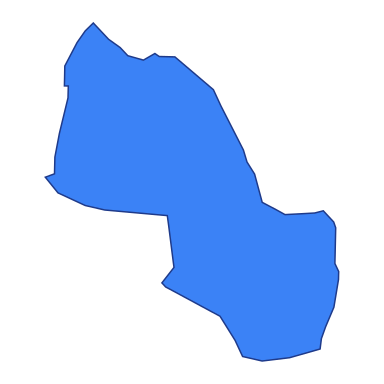 outline of Faqus, Ash Sharqiyah, Egypt
{"feature_id": "37247803B81892076694929", "entity_name": "Faqus", "entity_type": "district", "adm_level": 2, "iso_a3": "EGY", "parent_name": "Egypt", "parent_adm1": "Ash Sharqiyah", "projection": "albers", "projection_center": [31.802, 30.723], "detail": "fine", "context": "isolated", "style": "filled", "palette": "blue", "viewbox_px": 384, "rotation_deg": 0, "n_neighbors": 0, "source": "geoboundaries", "source_scale": "gbopen_adm2", "svg_char_len": 829}
<svg xmlns="http://www.w3.org/2000/svg" viewBox="0 0 384 384"><path d="M127.8,55.7L120.2,47.6L108.6,39.3L93.3,23.0L85.3,30.8L77.1,42.5L64.8,66.0L64.6,76.9L64.4,85.9L68.3,86.0L68.2,89.9L68.0,97.9L61.5,124.7L59.4,133.4L54.9,157.1L54.6,169.0L54.5,173.8L45.3,177.2L58.0,192.9L85.2,205.5L104.7,210.0L167.3,215.6L168.7,225.9L173.3,262.2L174.0,267.4L161.9,282.9L165.7,287.0L169.3,288.9L212.5,312.2L220.0,316.2L235.1,340.4L242.6,356.5L262.1,361.0L289.6,357.7L320.1,349.0L321.4,338.6L325.6,326.8L333.9,307.2L338.5,279.5L338.6,274.3L338.7,271.6L334.9,263.5L335.7,227.8L333.7,222.0L323.3,210.8L314.7,213.0L300.7,213.8L285.0,214.6L276.7,210.0L262.5,202.5L262.2,202.3L254.6,174.1L247.0,162.0L243.4,150.0L220.8,105.7L213.4,89.7L174.9,56.9L159.2,56.5L154.9,53.5L143.4,60.1L127.8,55.7Z" fill="#3b82f6" stroke="#1e3a8a" stroke-width="1.5"/></svg>